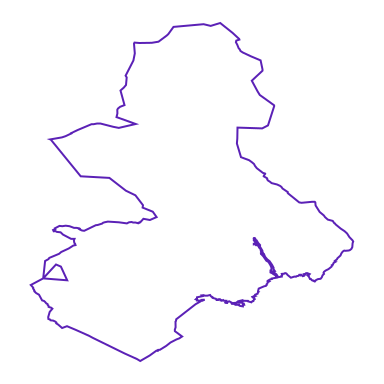 Skien nor, Telemark, Norway (Robinson projection)
{"feature_id": "86288312B28765776683305", "entity_name": "Skien nor", "entity_type": "district", "adm_level": 2, "iso_a3": "NOR", "parent_name": "Norway", "parent_adm1": "Telemark", "projection": "robinson", "projection_center": [9.524, 59.266], "detail": "fine", "context": "isolated", "style": "outline", "palette": "violet", "viewbox_px": 384, "rotation_deg": 0, "n_neighbors": 0, "source": "geoboundaries", "source_scale": "gbopen_adm2", "svg_char_len": 6005}
<svg xmlns="http://www.w3.org/2000/svg" viewBox="0 0 384 384"><path d="M262.5,70.7L262.5,69.4L260.6,60.4L250.9,56.3L242.8,52.5L240.5,51.0L239.7,49.3L238.7,48.3L237.2,44.6L235.9,42.2L236.3,40.6L239.4,39.6L239.2,39.0L232.6,32.9L220.2,23.0L210.7,25.9L203.6,24.2L173.5,26.9L168.3,34.1L166.8,35.5L158.5,41.7L151.8,42.8L139.4,43.0L134.5,42.6L134.0,43.6L134.8,53.4L133.4,60.5L125.6,75.7L126.7,77.4L126.0,85.0L123.8,87.6L120.5,90.5L124.5,105.1L120.1,106.8L117.9,108.6L117.3,109.8L117.4,113.5L116.5,117.1L135.7,124.0L118.8,127.9L113.2,126.8L100.3,123.5L97.2,123.5L93.6,124.2L91.5,124.2L77.5,130.1L71.2,133.1L71.4,133.4L65.5,136.2L61.9,137.4L50.3,139.4L50.8,139.6L80.7,176.3L109.4,177.9L125.9,190.7L135.4,195.3L143.0,205.2L142.6,207.6L152.8,211.7L156.6,217.1L149.9,220.0L143.4,218.8L141.1,221.4L140.4,221.7L140.2,222.2L139.2,222.5L139.5,222.7L138.3,223.3L135.4,222.5L133.0,222.5L131.6,222.0L129.0,222.3L126.9,223.4L118.9,222.3L107.9,221.6L104.5,222.3L103.0,222.8L102.1,223.6L97.6,225.0L95.8,225.2L84.2,230.8L82.0,230.5L80.2,229.7L79.2,229.1L79.7,228.6L79.4,228.4L76.8,227.9L74.1,227.9L69.5,226.2L65.7,225.7L62.3,226.2L59.5,225.9L54.9,228.3L55.3,229.1L53.1,230.0L53.7,231.3L55.4,231.1L56.9,231.9L60.6,232.3L63.0,234.6L70.6,238.6L71.2,238.9L74.5,238.9L73.9,240.5L74.3,242.8L75.1,243.8L75.5,245.1L73.4,245.5L68.7,248.5L61.2,252.0L59.1,253.8L49.3,257.9L48.5,259.1L45.1,261.0L43.2,278.4L30.8,285.0L32.9,287.3L33.3,288.0L33.1,288.6L34.1,289.9L34.1,290.4L34.7,291.2L34.5,291.5L36.2,293.1L39.0,294.7L42.1,300.4L43.9,300.9L45.0,301.8L46.3,303.4L47.5,304.0L47.7,305.0L48.4,305.5L48.6,306.9L51.2,307.7L52.4,308.7L49.7,311.9L48.2,317.1L48.4,319.0L50.0,319.5L50.5,320.3L53.2,320.6L55.3,321.6L56.4,322.5L56.2,323.3L58.2,324.6L62.1,328.0L67.0,326.2L75.6,329.8L89.2,335.9L92.7,337.8L124.7,353.5L137.1,359.1L140.2,361.0L149.7,355.5L156.5,350.6L157.8,350.9L158.1,350.4L157.8,350.1L158.0,349.9L159.9,349.8L160.7,349.3L166.2,345.9L170.5,342.5L176.5,339.4L179.2,338.4L182.1,336.5L174.9,331.2L174.8,329.8L175.6,327.3L175.5,321.6L176.0,320.9L176.2,319.3L195.6,304.2L200.0,301.7L199.7,300.9L199.3,300.6L197.0,300.5L197.1,299.7L195.8,299.3L196.1,299.0L197.0,299.1L197.0,297.3L202.3,296.2L201.7,295.4L203.4,295.2L203.4,295.6L207.2,295.7L210.1,295.0L211.0,296.4L212.0,296.8L212.1,297.4L213.0,297.6L213.0,298.0L215.9,298.8L216.2,299.4L216.8,299.4L216.8,300.0L218.2,300.0L218.8,299.2L219.7,299.2L219.7,299.6L220.5,299.8L220.5,300.2L221.7,300.2L221.7,300.6L222.9,300.2L222.9,300.6L226.1,300.8L225.2,302.6L225.7,302.9L227.2,303.0L227.8,301.8L229.2,301.3L231.6,302.6L231.4,303.0L231.8,303.8L232.4,303.9L233.9,303.6L233.6,303.0L235.9,302.8L235.9,303.2L234.9,303.6L234.7,304.2L235.6,304.4L235.6,304.8L239.1,304.8L239.1,305.4L240.0,305.9L242.9,306.4L242.9,305.0L244.2,304.8L243.8,303.6L242.6,303.6L242.5,302.9L241.7,302.6L237.1,302.6L237.1,302.2L237.7,302.2L238.0,301.3L242.1,300.3L241.8,301.3L242.3,301.5L242.3,301.1L244.1,300.8L247.9,300.9L247.9,301.3L251.3,302.3L251.6,301.7L252.5,301.5L252.8,301.0L253.4,301.0L254.0,299.4L254.7,299.1L254.4,298.1L252.6,297.4L252.3,296.9L254.0,296.4L253.6,296.3L255.9,294.8L255.6,294.5L257.7,293.6L257.8,292.6L258.4,292.0L258.0,291.9L258.0,291.3L258.7,288.6L264.1,286.3L265.9,285.9L266.2,285.2L266.6,285.1L266.7,284.1L267.3,283.7L267.7,282.3L269.1,281.5L268.1,281.1L268.8,280.6L268.4,280.4L270.1,279.4L271.9,279.0L271.8,278.5L276.5,277.7L275.5,275.4L272.6,273.6L272.0,273.0L271.2,272.9L270.7,272.3L270.8,272.2L270.5,272.2L270.5,270.6L271.3,270.6L271.2,269.7L271.5,268.9L271.4,267.6L270.5,265.4L268.5,262.0L266.3,260.7L263.3,256.3L261.9,254.8L261.7,254.2L261.1,254.1L260.9,253.3L261.1,253.2L261.2,252.5L260.4,248.9L259.0,247.5L258.6,246.4L257.7,245.4L257.2,245.4L256.5,244.9L255.9,245.1L255.3,244.2L253.8,244.4L253.8,243.8L256.0,244.0L257.0,244.5L257.8,244.3L256.8,242.6L255.6,241.9L255.3,242.0L255.6,242.3L255.1,242.2L254.6,241.3L254.8,241.0L253.8,240.4L253.8,240.2L254.5,240.3L254.3,239.5L254.6,239.4L253.7,238.3L253.8,238.1L254.7,238.0L255.3,238.7L255.4,239.7L256.6,240.3L258.2,243.0L260.1,245.1L259.9,246.5L262.4,250.7L262.5,251.9L263.3,253.5L263.9,253.9L265.1,256.8L267.3,259.4L269.5,261.1L272.1,264.9L273.6,267.8L273.5,269.1L274.8,271.0L272.9,271.3L273.0,272.1L274.4,273.0L274.6,272.9L276.5,274.4L278.3,277.2L281.6,276.6L281.4,276.2L281.8,276.1L282.5,274.5L281.9,274.3L281.8,273.9L284.5,273.6L285.1,273.1L286.4,273.5L287.6,275.0L290.9,277.7L294.3,276.6L296.0,276.7L296.3,276.3L298.5,275.8L299.2,274.9L299.9,275.2L299.9,274.8L301.1,274.7L302.7,276.2L303.1,276.1L303.4,276.0L303.1,275.7L303.4,275.1L304.1,275.1L304.1,274.6L305.0,274.6L304.6,274.2L305.2,274.2L305.1,273.9L305.6,273.8L306.0,273.2L307.2,273.1L309.7,274.1L309.2,274.7L308.5,274.7L307.5,275.2L308.3,276.1L308.6,276.1L310.0,279.0L310.9,279.0L311.7,280.1L313.5,280.6L313.2,280.8L314.8,281.5L316.1,280.0L318.0,279.1L320.5,278.8L320.9,278.5L321.9,277.1L322.5,275.4L324.0,273.9L323.5,272.9L324.0,271.8L325.7,270.5L328.5,269.1L331.5,266.7L331.9,265.8L331.8,265.4L332.4,265.3L332.4,264.8L333.0,264.4L333.6,262.9L335.3,261.9L334.7,261.7L334.6,261.1L336.9,259.4L337.4,258.3L340.5,255.5L341.3,253.5L342.7,251.6L344.2,250.6L345.5,250.8L348.8,250.5L349.9,250.1L351.4,248.9L352.3,247.1L352.6,243.2L353.2,241.5L352.4,240.2L349.4,237.1L347.1,233.5L344.6,231.2L340.7,228.6L335.6,224.4L334.9,223.4L334.3,223.2L332.7,220.9L327.8,219.6L325.0,217.1L323.9,215.5L319.7,212.0L315.6,205.5L315.3,202.4L315.1,202.1L314.7,201.8L312.1,201.8L301.6,202.8L299.2,202.4L288.1,193.4L287.7,192.9L287.8,192.1L282.5,188.5L281.5,187.0L280.1,185.9L277.1,184.5L271.6,183.1L269.9,181.7L268.1,180.6L267.2,179.5L267.3,178.9L267.0,178.2L263.7,176.3L263.8,175.8L265.2,173.8L265.0,173.5L262.9,172.9L256.8,168.2L255.0,165.9L254.0,164.0L252.0,162.3L249.1,160.2L241.0,157.2L236.9,143.5L237.3,138.5L237.5,127.6L262.2,128.4L268.0,125.4L274.2,106.1L274.1,105.3L259.8,95.0L257.7,91.6L251.8,80.7L262.5,70.7ZM43.2,278.4L56.0,264.5L60.9,266.6L67.2,280.3L43.2,278.4ZM204.7,299.7L201.3,299.9L201.3,300.3L201.9,300.3L201.6,300.9L201.9,300.9L204.7,299.7Z" fill="none" stroke="#5b21b6" stroke-width="2"/></svg>